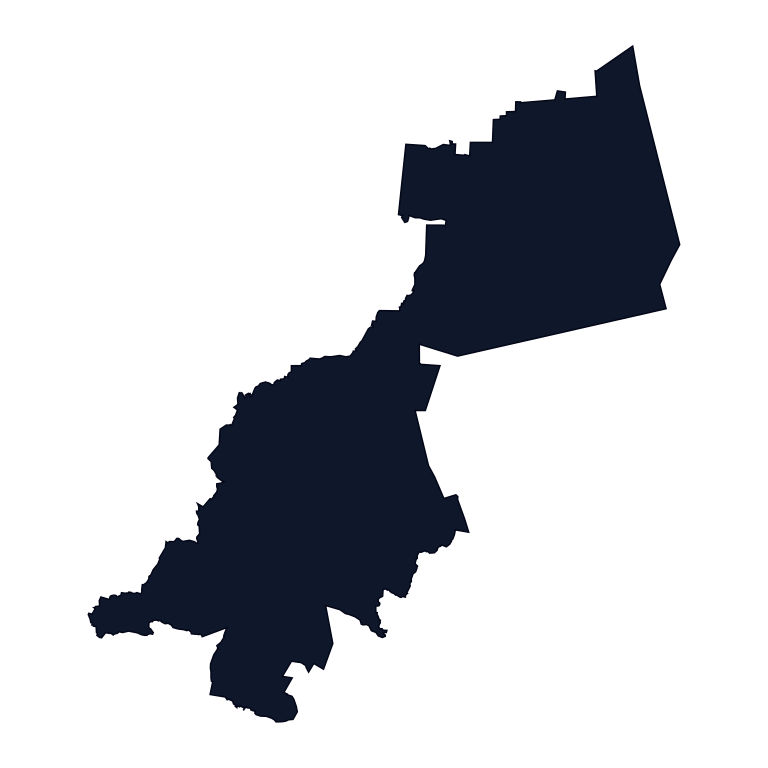 outline of Guadalupe, Zacatecas, Mexico
{"feature_id": "50627088B774169449273", "entity_name": "Guadalupe", "entity_type": "district", "adm_level": 2, "iso_a3": "MEX", "parent_name": "Mexico", "parent_adm1": "Zacatecas", "projection": "mercator", "projection_center": [-102.492, 22.782], "detail": "fine", "context": "isolated", "style": "filled", "palette": "ink", "viewbox_px": 768, "rotation_deg": 0, "n_neighbors": 0, "source": "geoboundaries", "source_scale": "gbopen_adm2", "svg_char_len": 6101}
<svg xmlns="http://www.w3.org/2000/svg" viewBox="0 0 768 768"><path d="M632.7,46.1L596.6,71.1L595.1,70.8L596.8,96.3L565.0,99.0L565.4,92.1L557.4,90.9L554.8,99.9L520.3,102.8L520.5,101.9L515.8,101.8L515.5,111.5L506.5,111.8L506.5,115.7L500.3,116.0L500.1,119.3L493.4,119.6L492.5,142.4L470.4,142.4L469.7,155.9L464.6,154.6L463.9,155.3L455.0,154.5L455.6,144.0L452.2,144.0L452.2,141.5L449.7,140.8L450.3,143.3L450.0,145.4L443.3,144.5L435.7,148.4L431.1,149.0L429.9,148.2L427.7,148.7L427.2,147.5L425.1,145.6L405.9,144.3L398.5,214.6L402.7,215.6L401.6,217.4L404.8,222.4L407.5,221.5L408.7,217.6L408.7,215.4L415.2,217.7L420.0,217.8L424.2,219.2L430.5,220.2L441.2,218.7L446.2,220.4L445.2,226.1L443.7,225.2L426.7,225.1L425.7,255.0L425.1,258.4L424.2,261.7L422.7,263.7L419.6,265.9L415.7,271.6L416.0,272.3L414.6,272.7L414.2,275.1L414.9,278.3L414.9,284.5L412.2,290.2L412.3,290.8L413.8,290.8L412.8,293.2L410.8,295.0L408.8,295.6L407.1,295.4L405.5,298.5L405.6,300.4L403.9,300.9L403.4,303.7L403.1,303.1L401.6,303.4L401.1,306.5L399.4,307.2L399.9,308.9L399.4,310.9L379.4,310.6L377.8,312.5L376.3,316.8L376.0,321.4L372.6,321.0L371.6,325.3L373.1,325.6L372.9,327.3L370.8,327.0L368.4,328.8L361.9,340.8L360.4,342.2L357.8,346.6L355.4,349.0L356.7,350.5L354.6,351.2L353.3,351.1L353.0,352.5L350.1,356.1L345.9,356.8L339.7,355.5L330.9,356.8L324.7,356.5L322.2,358.1L319.3,359.0L310.1,358.2L308.8,359.8L306.5,360.9L304.9,362.6L301.7,363.6L301.3,365.7L291.4,365.7L291.4,372.1L289.4,372.6L288.0,374.4L287.7,376.7L288.2,377.3L284.7,376.5L284.4,378.2L283.1,379.0L280.6,379.2L280.5,380.8L277.6,380.0L276.8,380.4L274.3,382.6L273.7,385.1L271.3,384.6L269.8,383.3L265.5,382.0L260.3,383.5L259.2,384.8L259.1,385.7L256.0,386.9L255.0,388.1L251.8,396.1L250.3,396.8L249.4,395.4L250.8,394.6L250.0,393.4L248.7,394.1L248.3,393.4L245.4,395.1L246.3,396.7L245.0,398.0L241.8,392.8L240.1,393.2L239.9,392.6L239.2,392.8L237.5,398.1L237.9,403.8L237.1,405.1L233.9,407.3L237.5,410.0L235.5,415.4L233.7,417.4L234.5,418.2L231.6,425.6L230.2,424.6L229.5,425.2L226.4,425.0L220.1,429.2L219.2,444.9L208.2,457.6L208.0,458.6L211.2,461.6L211.7,468.3L213.9,470.2L215.7,473.2L216.7,475.0L216.2,475.7L217.1,476.3L217.1,477.3L222.6,481.4L224.2,481.8L221.1,483.1L216.8,483.8L216.7,486.3L217.5,489.1L216.8,491.9L213.8,495.6L214.1,497.1L213.3,497.1L211.5,499.3L210.1,498.7L203.1,506.9L197.5,503.6L198.7,506.4L198.7,509.3L199.1,510.1L198.1,511.2L196.5,511.1L196.5,512.1L197.0,513.8L198.0,515.0L199.5,519.4L198.0,522.5L197.7,524.8L199.2,526.2L199.6,533.8L196.9,536.9L196.7,538.3L198.2,543.0L195.9,543.0L194.7,541.8L189.5,540.3L183.0,541.4L181.4,540.8L178.6,538.4L176.8,538.4L174.8,541.1L173.2,541.7L169.6,541.5L167.7,542.8L166.1,541.6L165.4,547.8L159.3,558.0L159.7,559.4L157.8,564.0L153.3,569.6L150.4,575.9L149.6,575.8L148.9,576.7L148.9,578.7L147.6,581.2L146.0,583.1L143.4,584.8L142.3,584.7L141.7,590.1L141.9,591.5L140.9,594.0L136.9,592.6L135.1,593.4L132.2,593.3L131.4,592.5L128.8,592.1L128.3,593.4L127.0,592.9L125.6,593.3L121.5,592.7L121.0,595.1L117.6,596.7L116.9,596.7L116.0,595.5L114.1,595.1L111.0,595.8L110.0,596.8L109.4,599.5L100.9,597.0L99.3,600.6L99.6,606.0L95.3,606.6L95.2,607.9L94.1,607.8L94.8,608.4L94.8,609.4L92.1,614.1L88.8,613.3L88.3,614.6L90.2,619.3L90.8,622.6L92.4,623.0L91.9,624.9L92.9,624.7L93.4,626.2L96.1,626.5L96.5,632.7L97.6,633.3L96.9,635.3L99.5,637.4L101.6,637.8L105.6,632.7L109.8,633.4L110.6,633.1L113.3,635.0L114.0,634.2L117.6,633.1L119.0,631.8L122.6,632.5L128.6,631.1L137.3,632.8L141.5,634.7L144.5,635.3L147.0,635.3L147.8,634.4L150.2,633.7L152.5,634.2L153.3,632.7L150.7,629.0L148.8,627.7L148.9,622.9L151.1,621.4L152.1,621.8L153.7,620.3L155.7,620.2L157.3,620.1L158.3,620.9L160.1,620.4L161.6,621.9L165.0,623.7L168.2,623.3L171.4,625.1L173.0,627.5L177.9,628.9L183.9,629.7L186.7,630.6L189.3,629.9L189.4,630.7L191.0,631.9L191.4,633.8L196.2,634.3L196.8,633.9L198.2,634.6L200.1,634.3L201.6,634.9L202.2,636.7L226.8,627.6L224.2,634.4L223.7,636.3L224.3,636.7L220.9,642.3L216.8,645.7L218.3,648.4L217.6,648.1L217.5,649.1L213.8,654.8L210.6,663.8L210.4,668.1L211.0,671.8L211.0,677.9L211.5,681.3L212.7,681.7L210.1,694.5L225.3,697.0L227.1,699.7L227.6,699.2L229.2,699.5L232.6,701.0L233.6,704.0L235.5,704.9L235.2,706.3L236.9,707.6L237.2,705.7L239.6,706.8L240.2,706.0L244.4,708.0L243.3,710.4L245.9,706.8L247.0,707.8L249.8,708.1L250.4,708.3L251.1,710.1L255.4,711.4L254.8,713.1L256.1,714.6L260.7,716.1L266.3,716.3L271.7,718.2L274.4,719.9L276.1,721.9L282.4,721.7L286.1,721.0L288.5,719.8L293.0,719.4L297.3,711.8L296.3,706.5L293.8,699.2L292.0,696.3L287.1,694.7L287.4,694.1L283.9,692.4L292.2,677.9L282.4,676.4L291.5,661.2L301.1,662.6L303.0,663.8L305.7,665.6L306.3,667.8L308.6,672.1L313.8,663.5L323.5,669.2L332.8,643.5L325.6,605.5L340.0,609.7L345.5,613.6L348.9,614.4L354.9,616.7L360.0,620.0L361.3,624.2L363.1,624.9L366.5,624.5L368.9,625.7L371.4,630.7L375.9,632.4L378.3,635.9L382.4,637.5L385.3,636.3L385.3,635.1L383.5,633.7L383.6,632.6L386.3,632.5L386.9,630.4L383.0,630.2L382.1,628.7L380.2,628.9L379.2,627.7L378.7,626.7L379.3,624.4L380.3,622.8L380.0,621.3L380.4,620.5L378.4,618.2L378.5,617.2L377.0,614.1L377.2,612.6L375.8,612.3L375.8,606.1L378.8,605.9L379.8,604.3L379.7,603.0L378.8,602.4L378.2,600.8L378.3,599.5L379.2,598.0L382.6,596.3L383.1,589.4L385.8,588.9L387.3,590.1L389.2,590.0L389.9,591.3L391.7,592.7L394.1,593.6L395.6,595.1L397.6,595.2L398.2,596.2L400.2,597.2L401.2,597.4L402.2,596.5L405.4,597.1L405.5,595.5L406.2,594.2L407.4,593.5L406.9,593.1L407.0,592.5L410.2,586.0L409.8,583.6L411.4,581.4L411.2,579.2L412.8,574.4L413.7,573.0L414.4,572.9L415.7,571.6L417.0,567.9L417.1,566.4L417.5,566.1L415.3,563.9L415.2,562.9L416.1,559.5L417.3,558.3L417.1,555.8L419.1,551.9L421.0,552.3L425.3,550.7L426.2,551.7L427.8,551.5L429.6,553.1L434.3,552.8L437.0,550.4L438.1,547.1L440.8,546.1L441.6,544.9L446.3,546.8L449.7,544.2L451.6,541.0L451.4,540.1L452.8,539.0L454.5,534.4L455.3,529.9L468.7,532.2L464.6,518.9L457.6,499.6L457.8,496.6L455.9,494.8L443.9,498.5L434.7,477.1L428.5,465.6L415.1,410.5L425.3,410.5L440.0,365.7L420.1,364.3L420.1,363.6L419.4,363.4L419.3,344.2L457.6,356.1L666.1,308.7L659.7,284.3L671.2,260.3L679.7,244.6L639.6,85.7L632.7,46.1Z" fill="#0f172a" stroke="#020617" stroke-width="1.5"/></svg>